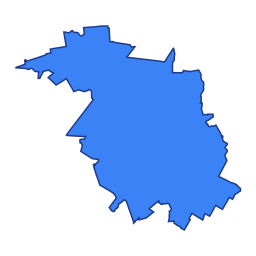 outline of Nojorid, Bihor, Romania
{"feature_id": "2599482B66064237365593", "entity_name": "Nojorid", "entity_type": "district", "adm_level": 2, "iso_a3": "ROU", "parent_name": "Romania", "parent_adm1": "Bihor", "projection": "albers", "projection_center": [21.85, 46.97], "detail": "fine", "context": "isolated", "style": "filled", "palette": "blue", "viewbox_px": 256, "rotation_deg": 0, "n_neighbors": 0, "source": "geoboundaries", "source_scale": "gbopen_adm2", "svg_char_len": 5497}
<svg xmlns="http://www.w3.org/2000/svg" viewBox="0 0 256 256"><path d="M202.7,220.0L204.9,213.6L209.7,216.2L215.6,205.4L222.4,209.4L227.7,200.3L229.3,197.5L232.5,199.3L232.7,198.9L233.3,198.0L233.8,196.8L234.2,195.7L235.1,194.6L235.1,194.3L237.6,192.9L238.9,191.9L240.6,190.8L240.4,188.5L238.8,187.1L237.1,185.3L236.4,184.6L233.5,183.2L231.7,182.8L231.2,182.8L227.4,180.7L218.6,176.4L226.9,160.6L226.4,159.3L225.4,157.2L225.2,156.4L225.1,155.2L225.0,154.8L225.9,153.5L226.8,152.2L227.1,151.6L227.3,150.7L227.1,150.0L226.6,149.4L225.9,148.8L225.5,148.4L225.3,148.1L225.1,147.8L225.1,147.5L225.5,146.5L227.3,144.7L227.3,143.5L223.3,141.3L222.3,138.2L222.0,137.2L222.9,137.0L222.5,135.8L221.5,135.8L220.7,133.5L216.0,125.3L215.5,125.3L214.9,125.6L214.5,125.8L213.8,126.1L212.9,126.2L212.2,126.0L211.9,125.9L211.5,126.0L211.0,126.2L210.4,126.6L210.2,126.6L209.8,126.6L208.5,126.3L208.3,126.1L208.4,125.8L207.6,124.0L206.9,124.3L206.5,123.7L206.0,122.2L205.8,121.6L209.4,119.5L210.8,118.6L211.4,118.1L212.5,117.1L213.2,117.0L213.0,114.2L210.0,114.2L207.8,114.2L207.7,114.2L207.7,114.6L203.1,114.6L202.5,112.6L202.1,111.3L201.9,110.7L201.7,109.8L201.4,108.4L201.4,108.2L201.6,107.6L201.9,106.7L201.9,106.4L201.9,105.9L202.1,105.1L202.2,104.4L202.1,103.3L202.0,102.9L201.5,102.9L200.4,103.0L201.2,101.4L201.1,101.2L201.0,101.3L201.2,99.9L201.3,99.3L201.1,98.6L201.1,97.9L201.2,96.7L200.6,96.2L201.0,94.5L201.6,93.1L202.6,91.9L203.0,91.1L203.2,90.5L203.7,89.3L203.5,87.4L203.5,86.7L203.5,85.4L203.8,84.7L203.6,83.8L203.7,83.1L203.3,81.9L202.1,80.9L201.5,79.8L201.1,78.3L200.9,76.8L201.1,75.4L201.0,74.6L200.5,73.2L199.8,72.2L199.3,71.1L198.9,70.5L198.6,70.1L195.2,70.7L190.7,71.5L189.9,71.4L185.8,71.0L183.9,70.4L183.5,70.5L182.4,72.8L178.1,72.7L172.4,72.6L172.6,62.0L173.1,61.9L174.3,60.0L174.3,59.7L174.3,58.6L174.3,57.4L174.4,56.1L174.8,53.9L174.3,51.8L174.0,51.1L174.1,49.7L173.6,48.9L173.5,48.6L173.5,48.4L173.3,48.3L164.5,62.0L158.5,61.0L127.1,57.3L126.8,57.2L134.9,46.7L131.4,46.9L131.1,46.8L130.5,45.6L130.2,44.8L124.9,44.0L119.6,43.2L117.6,42.9L113.6,42.2L113.4,41.9L113.3,41.7L113.1,41.6L109.9,41.7L109.1,28.1L107.9,28.1L107.8,26.0L104.6,26.0L103.3,26.0L101.1,26.1L100.6,26.2L96.9,26.5L96.5,26.8L96.3,26.8L94.8,26.8L83.6,27.6L84.3,34.1L83.4,34.6L83.0,34.9L82.6,35.4L82.4,35.6L81.8,35.7L81.1,35.9L80.5,35.7L80.2,35.6L79.6,35.1L79.0,34.3L78.7,33.6L78.4,33.1L77.5,32.6L77.1,32.6L76.7,32.5L76.3,32.4L75.7,32.5L75.4,32.5L73.6,32.1L73.2,31.7L72.9,31.4L72.6,30.8L72.4,30.6L71.9,30.7L71.5,30.9L71.2,31.1L70.2,32.0L69.3,32.5L68.7,32.7L68.3,32.7L67.8,32.7L66.1,32.3L65.3,32.1L64.4,32.1L64.2,32.1L63.8,32.1L63.9,32.6L65.0,39.0L66.2,46.4L59.8,47.6L54.9,48.3L50.2,49.2L50.9,53.0L47.7,53.5L46.1,53.9L46.1,54.6L46.0,54.8L38.5,57.4L26.1,61.4L25.8,59.8L24.7,60.2L25.2,64.2L17.0,67.1L15.4,67.8L26.0,68.4L27.6,69.3L27.9,69.4L28.2,69.5L29.5,69.2L29.8,69.1L30.2,68.8L30.5,68.6L31.2,68.3L31.5,68.2L32.0,68.4L32.3,68.6L33.3,69.7L34.3,70.8L34.6,71.1L34.9,71.2L35.8,71.5L36.9,71.6L38.3,71.9L38.7,71.9L38.2,77.0L38.2,78.4L39.9,78.3L40.5,76.7L42.0,74.1L43.4,71.5L44.2,71.2L47.2,70.4L48.6,70.3L48.8,70.1L49.2,70.2L49.5,70.5L49.7,70.8L49.9,71.0L50.1,71.3L50.3,71.4L50.6,71.5L50.9,71.5L51.1,71.7L51.5,72.1L52.8,72.6L53.0,72.7L53.3,73.0L53.5,73.2L49.5,76.3L48.1,77.6L48.3,77.8L48.8,78.2L49.9,79.1L50.8,79.9L54.0,83.0L56.1,85.0L56.9,84.5L60.1,82.5L60.5,82.3L63.0,80.8L66.3,78.6L69.8,84.5L71.0,86.6L72.3,88.8L73.7,91.4L73.8,91.6L79.0,89.7L79.3,89.9L79.7,90.2L80.3,90.3L82.5,91.1L84.6,91.6L85.4,91.4L85.7,91.0L86.3,90.7L86.7,90.6L87.8,90.7L88.5,89.5L90.0,90.0L91.6,91.2L91.5,94.0L91.7,96.2L91.8,98.3L93.4,99.5L67.7,133.2L66.4,135.1L67.1,135.5L75.0,136.0L83.6,136.5L84.8,136.5L85.2,136.4L85.4,136.4L85.5,136.4L84.7,138.9L81.1,139.4L80.4,139.5L80.1,139.7L79.9,139.9L79.9,140.5L80.0,142.4L80.1,142.7L80.2,142.9L80.8,142.5L81.8,144.2L82.4,145.3L82.4,145.6L81.8,147.5L81.6,148.3L80.8,151.4L92.2,158.6L98.4,159.5L98.3,161.8L97.1,162.3L97.0,163.1L96.1,163.6L93.5,164.5L93.5,165.4L94.8,165.4L94.2,166.5L93.8,167.0L94.4,168.6L95.0,170.7L95.3,171.5L95.7,172.6L95.9,173.6L96.3,174.7L96.5,175.5L96.7,176.0L96.8,176.0L97.4,177.9L98.4,180.7L98.4,180.8L99.8,184.9L100.0,185.2L104.4,187.7L105.4,188.3L108.9,190.3L112.2,192.4L112.8,192.7L112.8,192.8L113.4,193.1L113.6,193.6L113.7,193.8L114.5,194.5L115.0,195.1L115.4,195.7L115.9,196.9L116.4,197.7L116.3,197.9L116.1,198.2L115.2,199.6L114.5,200.5L112.6,203.0L110.4,206.0L109.3,207.6L111.3,210.2L111.2,210.4L112.9,211.4L113.4,211.5L114.1,211.5L114.4,211.4L114.6,211.1L114.8,210.4L115.8,209.1L116.0,208.8L116.4,208.4L116.9,208.2L117.7,207.6L118.0,207.2L118.8,203.6L119.1,203.8L120.7,202.7L124.5,199.7L126.4,201.4L129.8,211.1L132.8,219.5L133.1,220.9L133.5,221.5L133.6,223.1L135.4,221.4L135.1,220.8L136.3,220.2L137.3,219.6L137.5,219.4L137.6,219.5L137.8,219.3L138.1,219.0L139.0,217.6L139.3,217.9L138.9,218.7L138.8,219.3L138.7,219.5L138.8,219.7L139.0,219.8L139.3,219.8L139.7,219.7L142.6,219.0L146.2,217.9L153.6,212.0L149.1,208.8L157.7,201.6L158.6,201.1L158.9,201.1L158.7,202.6L160.7,203.7L160.8,204.0L161.1,204.2L161.6,204.1L161.7,204.4L162.1,204.4L162.7,204.1L163.2,204.0L163.6,203.8L163.8,203.8L164.1,203.8L164.3,203.8L164.6,203.8L165.2,203.8L165.9,203.8L167.5,203.2L169.1,204.0L169.9,206.4L171.3,208.2L170.4,211.0L169.3,211.2L169.6,213.9L169.2,214.7L169.3,216.3L169.2,218.7L168.9,219.8L168.5,221.6L173.9,221.0L174.2,223.5L174.7,223.6L177.1,224.9L177.0,225.3L181.0,227.3L180.9,228.1L184.3,230.0L190.2,219.6L188.9,218.9L191.9,213.4L202.7,220.0Z" fill="#3b82f6" stroke="#1e3a8a" stroke-width="1.5"/></svg>